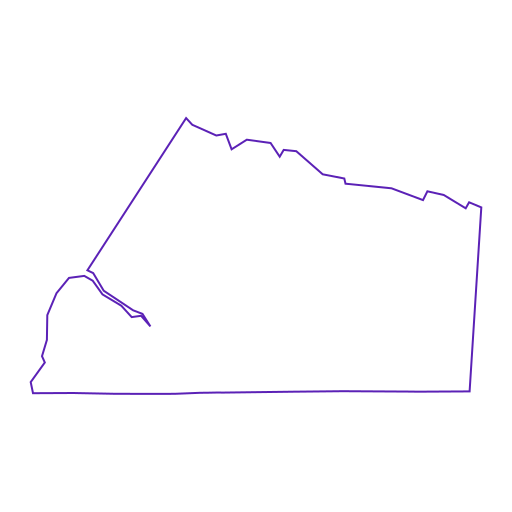 Mecklenburg, Virginia, United States of America
{"feature_id": "52423323B47547270594160", "entity_name": "Mecklenburg", "entity_type": "district", "adm_level": 2, "iso_a3": "USA", "parent_name": "United States of America", "parent_adm1": "Virginia", "projection": "natural_earth1", "projection_center": [-78.439, 36.716], "detail": "fine", "context": "isolated", "style": "outline", "palette": "violet", "viewbox_px": 512, "rotation_deg": 0, "n_neighbors": 0, "source": "geoboundaries", "source_scale": "gbopen_adm2", "svg_char_len": 808}
<svg xmlns="http://www.w3.org/2000/svg" viewBox="0 0 512 512"><path d="M469.6,391.4L481.3,207.4L469.1,202.3L465.7,208.3L443.8,195.0L427.4,191.3L423.0,200.1L391.5,188.3L345.5,183.7L344.3,178.5L322.7,174.3L296.3,151.2L283.7,149.9L279.7,156.7L270.6,143.0L246.8,139.7L231.6,149.3L225.8,133.8L216.3,135.5L192.3,124.8L186.1,118.1L87.4,270.3L93.2,273.1L103.7,290.7L133.1,310.3L142.5,313.9L150.4,326.4L141.1,315.8L131.7,317.1L121.4,305.8L102.5,294.4L92.7,280.7L84.3,275.9L69.0,277.9L56.5,293.2L47.3,315.1L46.9,339.9L42.0,356.2L44.8,362.5L30.7,382.1L33.0,393.2L73.7,393.0L78.0,393.1L83.3,393.2L114.8,393.8L160.7,393.9L162.8,393.9L175.3,393.8L200.0,392.8L208.9,392.7L218.9,392.5L222.0,392.6L293.3,391.7L342.4,391.2L343.1,391.2L414.3,391.6L414.6,391.7L469.6,391.4Z" fill="none" stroke="#5b21b6" stroke-width="2"/></svg>